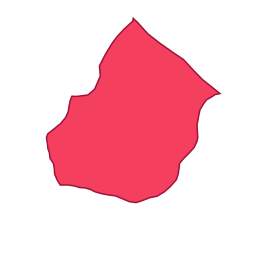 Astara District, Astara, Azerbaijan (Robinson projection), rotated 313°
{"feature_id": "54616110B5213879595332", "entity_name": "Astara District", "entity_type": "district", "adm_level": 2, "iso_a3": "AZE", "parent_name": "Azerbaijan", "parent_adm1": "Astara", "projection": "robinson", "projection_center": [48.695, 38.514], "detail": "fine", "context": "isolated", "style": "filled", "palette": "rose", "viewbox_px": 256, "rotation_deg": 313, "n_neighbors": 0, "source": "geoboundaries", "source_scale": "gbopen_adm2", "svg_char_len": 1011}
<svg xmlns="http://www.w3.org/2000/svg" viewBox="0 0 256 256"><g transform="rotate(313 128 128)"><path d="M112.9,65.3L108.5,67.1L103.6,70.1L99.0,73.2L93.3,75.2L85.5,75.7L76.8,74.5L69.1,73.3L65.4,74.8L61.7,79.6L58.4,83.3L56.4,87.2L52.6,91.7L51.1,97.9L48.3,101.5L44.1,106.0L41.6,111.9L40.7,115.2L40.1,117.4L45.2,122.7L48.9,128.0L51.6,133.4L54.9,137.4L57.6,142.9L58.8,147.3L62.0,153.5L66.0,159.8L69.7,164.9L75.1,179.3L78.9,184.7L84.3,187.8L92.0,191.5L97.9,195.8L106.4,198.2L114.1,198.9L123.2,198.6L128.8,196.0L133.4,192.8L137.3,189.8L143.4,189.5L151.3,189.8L159.0,189.6L165.5,187.5L168.6,185.5L173.1,180.8L177.3,176.4L180.5,174.4L185.9,170.9L190.5,168.2L197.1,166.8L202.0,166.2L208.7,168.2L211.7,168.8L215.9,171.8L215.5,166.5L214.2,149.6L214.8,136.9L215.9,121.9L213.9,109.4L211.7,93.3L210.4,78.1L211.7,63.3L211.8,57.1L209.3,58.7L205.8,58.3L197.8,57.7L187.9,57.7L179.9,58.5L166.6,61.2L153.9,64.8L147.1,72.3L133.8,77.1L124.9,76.2L116.6,69.4L112.9,65.3Z" fill="#f43f5e" stroke="#9f1239" stroke-width="1.5"/></g></svg>